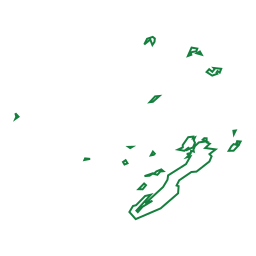 Stykkishólmsbær, Vesturland, Iceland (orthographic projection)
{"feature_id": "244011B37463664010444", "entity_name": "Stykkishólmsbær", "entity_type": "district", "adm_level": 2, "iso_a3": "ISL", "parent_name": "Iceland", "parent_adm1": "Vesturland", "projection": "orthographic", "projection_center": [-22.794, 65.108], "detail": "medium", "context": "isolated", "style": "outline", "palette": "green", "viewbox_px": 256, "rotation_deg": 0, "n_neighbors": 0, "source": "geoboundaries", "source_scale": "gbopen_adm2", "svg_char_len": 1900}
<svg xmlns="http://www.w3.org/2000/svg" viewBox="0 0 256 256"><path d="M178.6,186.2L176.6,185.5L179.2,180.3L191.4,172.0L196.5,171.6L209.4,161.5L211.6,156.3L209.5,154.1L215.6,149.4L205.2,148.0L209.8,143.7L206.7,142.4L206.6,138.3L204.3,138.2L202.7,139.7L206.3,141.4L198.9,142.4L194.9,146.2L193.4,149.8L193.8,151.6L191.1,150.9L190.8,152.9L186.8,154.0L189.6,154.6L186.8,157.3L190.4,156.4L186.0,164.1L168.1,175.4L167.5,179.7L163.1,187.0L145.3,203.4L152.4,200.8L142.5,206.8L137.8,212.1L136.4,210.6L150.8,194.7L145.1,196.0L136.1,205.2L133.0,206.0L129.4,212.0L135.7,219.1L160.6,208.4L178.1,193.3L178.6,186.2ZM193.2,136.6L188.2,137.2L182.7,145.1L182.8,147.4L178.0,149.6L184.3,150.8L189.0,147.3L187.8,149.6L193.0,147.4L195.0,142.8L193.7,140.1L194.9,137.4L192.8,138.3L193.2,136.6ZM221.2,68.8L213.8,68.0L214.7,68.9L212.3,71.8L209.2,69.2L206.6,72.0L212.2,75.6L217.3,73.8L216.5,72.6L217.5,71.1L219.7,72.6L221.2,68.8ZM152.7,36.9L147.1,38.8L144.3,44.4L150.3,39.6L152.4,45.0L154.5,41.8L154.8,38.5L152.7,36.9ZM197.3,48.6L191.6,47.6L187.9,56.0L191.3,54.8L190.8,52.9L192.1,52.0L196.3,51.3L197.3,48.6ZM238.5,145.4L233.6,144.1L231.4,146.3L228.7,150.8L233.6,150.7L238.5,145.4ZM138.5,189.2L142.6,189.3L146.0,185.2L144.1,183.5L138.5,189.2ZM159.4,96.0L155.1,96.4L149.7,102.2L152.9,101.8L159.4,96.0ZM161.3,169.4L156.4,171.4L153.8,173.9L157.4,174.8L160.3,171.5L163.4,171.2L161.3,169.4ZM240.6,141.5L236.3,141.1L238.0,141.9L236.5,143.1L238.6,145.1L240.6,141.5ZM149.6,175.7L153.6,173.0L144.5,176.1L149.6,175.7ZM127.5,163.3L125.6,160.2L123.0,162.0L124.5,164.5L127.5,163.3ZM90.1,158.9L85.1,158.4L84.4,160.0L90.1,158.9ZM15.4,118.9L18.5,116.7L15.4,113.3L16.3,116.9L15.4,118.9ZM150.8,155.4L153.7,154.8L154.8,153.7L152.9,151.6L150.8,155.4ZM201.7,54.7L199.9,51.5L196.7,53.3L201.7,54.7ZM233.9,134.2L235.7,130.5L233.4,130.8L233.9,134.2ZM130.2,148.1L132.4,146.8L128.5,146.9L130.2,148.1Z" fill="none" stroke="#15803d" stroke-width="2"/></svg>